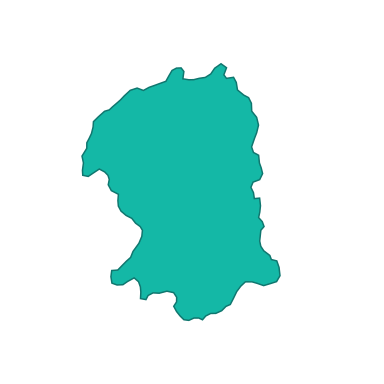 the district of Queluzito, Minas Gerais, Brazil, rotated 36°
{"feature_id": "56859067B25947012466154", "entity_name": "Queluzito", "entity_type": "district", "adm_level": 2, "iso_a3": "BRA", "parent_name": "Brazil", "parent_adm1": "Minas Gerais", "projection": "robinson", "projection_center": [-43.889, -20.731], "detail": "fine", "context": "isolated", "style": "filled", "palette": "teal", "viewbox_px": 384, "rotation_deg": 36, "n_neighbors": 0, "source": "geoboundaries", "source_scale": "gbopen_adm2", "svg_char_len": 1868}
<svg xmlns="http://www.w3.org/2000/svg" viewBox="0 0 384 384"><g transform="rotate(36 192 192)"><path d="M180.8,312.8L186.0,311.3L190.6,307.6L192.5,302.2L195.7,295.5L201.5,296.0L206.0,299.1L209.4,303.0L213.0,308.5L218.0,306.1L217.3,301.5L219.8,296.5L225.0,293.1L230.0,287.0L236.3,284.2L241.5,286.2L244.1,290.0L244.4,295.2L249.8,297.8L255.3,299.3L260.5,300.1L264.9,297.7L267.7,292.8L271.5,290.0L275.6,289.2L276.0,284.2L278.5,279.3L282.6,276.2L285.8,270.6L286.7,264.6L289.1,260.5L288.1,254.0L286.7,246.2L286.8,239.6L288.0,233.3L293.4,229.4L298.4,227.6L305.0,225.6L309.2,220.1L313.1,214.8L312.4,208.0L306.7,201.8L301.1,197.9L295.9,200.0L292.3,197.6L284.6,197.4L279.6,195.5L275.6,191.9L272.9,187.2L270.2,182.5L270.6,177.6L266.3,174.7L260.9,173.5L258.7,168.5L255.5,162.9L250.3,157.2L246.3,160.7L242.1,156.4L236.9,153.6L235.6,148.1L239.5,142.2L238.3,135.6L233.9,131.9L229.5,128.9L224.3,123.1L218.5,123.9L213.7,120.5L211.1,112.1L209.5,106.1L206.5,98.8L200.4,93.6L192.8,91.5L187.9,85.3L182.3,82.4L176.9,83.2L168.8,82.7L163.4,77.3L158.2,74.8L153.1,79.8L148.9,78.5L146.9,71.2L140.1,71.2L137.6,78.5L137.8,85.5L135.4,91.5L131.0,95.8L127.4,100.1L123.6,103.0L118.1,105.8L114.6,99.3L110.3,98.0L106.6,100.9L104.4,105.4L105.0,111.4L105.8,117.8L102.4,122.8L98.7,128.3L95.8,132.5L93.0,138.4L86.5,140.2L82.3,146.0L80.7,154.1L80.0,159.6L78.9,164.5L77.7,169.5L76.8,174.2L73.8,178.1L72.1,185.9L70.9,193.0L73.8,197.6L76.3,203.8L77.3,209.1L78.0,214.0L81.2,218.5L81.9,227.6L87.1,232.3L90.6,238.8L93.8,242.7L98.9,240.4L101.0,234.6L103.5,227.9L109.6,227.1L114.2,227.9L117.7,230.5L120.0,235.4L125.9,238.3L133.8,237.1L137.1,242.5L140.7,246.7L145.8,249.2L152.4,249.7L158.8,248.7L164.7,250.4L170.4,250.4L174.4,252.1L177.5,257.4L179.2,264.7L179.2,274.7L180.8,281.0L179.6,286.5L178.7,292.5L177.8,298.8L173.2,302.7L176.2,308.2L180.8,312.8Z" fill="#14b8a6" stroke="#0f766e" stroke-width="1.5"/></g></svg>